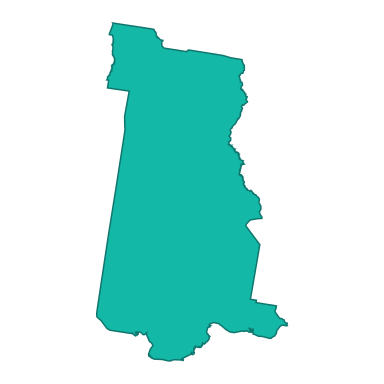 Casey, Victoria, Australia
{"feature_id": "25037944B44962811090312", "entity_name": "Casey", "entity_type": "district", "adm_level": 2, "iso_a3": "AUS", "parent_name": "Australia", "parent_adm1": "Victoria", "projection": "natural_earth1", "projection_center": [145.344, -38.095], "detail": "fine", "context": "isolated", "style": "filled", "palette": "teal", "viewbox_px": 384, "rotation_deg": 0, "n_neighbors": 0, "source": "geoboundaries", "source_scale": "gbopen_adm2", "svg_char_len": 5978}
<svg xmlns="http://www.w3.org/2000/svg" viewBox="0 0 384 384"><path d="M241.9,59.6L230.9,57.8L223.1,55.5L188.8,50.0L187.5,50.5L186.9,51.7L164.0,48.1L162.1,46.2L161.7,44.2L161.9,42.9L161.7,42.1L162.1,41.1L162.8,41.0L162.9,40.4L160.5,39.9L158.4,37.8L157.3,37.6L157.4,36.5L156.2,36.0L156.0,32.6L154.6,31.1L153.8,29.3L112.7,23.0L113.2,23.9L109.2,34.3L110.1,34.9L111.8,34.8L112.4,35.6L113.1,37.3L113.1,38.9L113.5,39.4L113.0,41.2L113.5,41.6L113.1,42.4L113.2,43.3L112.6,43.6L112.6,43.9L112.0,44.5L112.5,45.2L112.4,45.8L112.7,46.0L113.1,48.0L112.4,51.3L112.6,52.6L112.4,54.4L112.9,55.5L113.6,56.0L113.5,56.6L114.0,57.0L114.2,58.0L114.9,58.6L114.6,59.0L114.5,60.6L114.8,61.5L114.3,61.5L114.3,62.5L114.0,62.8L114.3,63.2L113.6,63.4L113.7,64.5L112.4,64.6L112.6,65.0L112.1,65.7L112.5,65.5L111.5,66.1L112.2,67.2L111.9,67.4L112.1,68.4L111.5,69.0L111.9,69.3L111.6,70.2L111.7,71.1L110.7,71.1L110.8,71.8L110.6,72.4L110.1,72.5L110.0,74.5L109.4,74.5L109.3,75.5L107.9,76.4L107.5,77.3L107.5,79.0L106.8,79.9L108.7,80.2L107.5,87.9L129.2,91.1L124.6,116.4L124.8,127.0L125.1,127.2L124.8,131.4L116.2,186.8L108.5,234.7L97.4,308.2L96.7,313.4L96.7,315.3L97.1,317.1L101.2,320.7L106.9,328.4L109.9,330.2L131.4,333.5L131.9,332.9L132.7,333.8L133.3,334.0L133.4,334.4L135.7,335.9L136.4,335.0L136.1,334.0L136.6,333.9L136.8,333.3L136.7,333.0L135.6,332.4L135.6,332.1L136.8,332.3L137.4,332.7L137.8,334.5L138.2,334.0L138.2,333.4L137.7,332.2L138.4,332.5L139.1,331.9L140.7,332.3L142.9,334.4L143.5,334.7L144.9,334.5L146.7,332.8L146.4,334.3L148.4,338.8L148.6,339.7L149.6,341.5L151.4,342.9L152.9,345.1L152.9,345.6L150.3,349.2L148.6,354.0L148.7,355.3L149.7,355.3L149.0,356.1L150.9,357.4L151.9,356.8L151.3,357.8L151.8,358.1L154.1,359.1L162.3,359.5L167.9,360.8L170.4,361.0L172.2,360.1L174.8,359.7L181.2,360.0L183.1,360.5L183.4,359.8L182.9,359.0L181.9,359.0L181.8,358.7L190.8,354.3L191.4,352.8L192.1,354.5L192.8,354.6L194.0,353.8L194.3,352.5L193.1,352.2L193.8,351.2L193.7,350.5L194.1,350.0L193.9,349.5L194.2,349.3L193.9,348.4L194.8,348.5L195.0,348.2L194.7,347.7L195.3,347.5L195.2,346.2L196.0,346.1L196.2,346.7L197.6,347.3L198.4,347.2L198.9,346.4L199.4,346.7L199.2,347.4L200.7,347.4L201.7,346.5L201.4,345.5L202.1,345.4L202.1,344.9L202.5,344.9L202.4,344.2L202.8,344.3L203.1,343.8L203.0,343.1L204.5,344.0L205.6,343.0L205.9,341.9L206.9,341.8L208.4,340.1L209.0,339.1L208.8,338.6L209.3,338.0L209.2,337.0L209.8,336.5L209.3,336.1L209.3,335.8L208.6,335.8L207.9,334.1L206.8,333.0L206.7,331.3L207.4,329.0L207.4,328.2L208.0,327.4L209.0,327.2L209.4,326.6L209.9,326.8L210.2,325.9L210.6,325.7L209.1,325.0L209.8,324.1L213.5,322.5L219.0,323.7L219.9,324.8L221.0,325.3L226.0,329.6L229.8,331.9L234.0,332.6L242.3,331.0L244.3,331.5L246.4,330.6L246.9,331.2L247.7,331.1L248.7,332.0L251.1,332.3L251.4,331.3L250.1,330.3L250.1,329.5L249.2,328.5L249.4,328.1L250.4,328.7L251.3,330.3L252.7,329.0L253.1,329.1L252.1,330.6L252.4,331.0L253.0,331.0L252.3,332.0L253.0,332.6L253.1,334.1L254.5,334.4L258.7,336.3L261.9,336.4L269.9,338.4L271.0,338.3L273.1,336.6L274.5,336.1L276.3,333.4L276.9,330.4L280.3,326.1L281.6,325.4L282.9,325.1L286.3,325.8L287.3,325.6L286.6,324.4L287.3,323.7L287.2,323.2L285.9,323.0L285.1,322.3L284.1,320.6L284.1,319.9L282.6,319.5L282.0,318.8L280.9,318.4L280.0,318.5L279.5,318.2L275.0,311.8L275.3,309.6L275.9,309.0L276.4,305.9L256.0,302.6L256.4,300.2L250.4,299.3L259.8,244.7L245.6,225.6L246.6,223.7L250.1,220.0L257.3,218.7L261.9,218.4L261.9,217.1L260.2,214.5L259.4,212.0L260.9,209.1L260.8,206.0L258.9,202.7L259.4,199.2L258.3,197.3L257.0,196.5L256.1,195.5L255.9,194.8L253.9,194.4L253.3,193.8L253.7,193.5L253.5,193.1L252.8,193.1L252.0,191.4L251.2,190.9L250.5,191.2L250.6,190.5L249.6,190.9L248.5,190.4L247.2,190.2L246.9,189.8L247.3,189.6L247.2,189.1L246.6,188.7L246.5,188.2L245.7,188.2L244.6,187.2L244.5,186.8L245.1,186.6L245.0,185.4L244.7,186.1L244.3,185.9L244.2,185.1L243.7,185.0L243.4,184.1L243.6,183.8L243.3,183.5L244.0,183.0L244.3,182.3L244.2,181.6L242.9,180.7L243.1,180.2L242.7,179.8L243.1,179.4L243.0,178.4L242.5,178.1L242.9,177.9L242.7,177.3L242.9,177.0L242.4,176.2L241.7,176.3L241.9,175.7L241.4,175.1L240.9,175.3L240.8,174.7L240.2,174.7L239.9,175.1L239.3,174.7L239.0,173.8L239.5,173.5L239.9,172.2L239.7,171.6L240.2,170.7L240.2,170.4L239.9,170.5L239.5,170.0L240.7,168.8L240.3,168.4L241.1,166.9L240.9,166.5L241.2,166.1L240.6,165.2L241.2,164.6L242.2,164.7L244.2,164.1L243.8,163.8L243.5,163.0L242.5,162.8L242.8,162.5L242.6,161.7L243.3,160.9L240.1,159.6L239.5,159.0L239.8,158.7L239.2,158.6L239.1,157.7L239.6,157.2L239.2,156.9L239.1,156.0L238.7,155.8L238.3,154.6L239.3,154.4L239.1,154.1L238.3,154.0L238.4,152.7L237.6,152.3L237.1,152.6L236.6,152.1L236.4,152.6L235.3,152.2L234.9,151.6L235.2,151.0L234.2,150.4L235.1,149.2L234.4,149.2L234.1,148.7L233.8,148.9L233.4,148.2L232.3,147.5L232.4,146.7L231.0,146.3L231.5,145.5L231.1,145.6L230.3,144.9L229.5,144.7L229.1,145.1L228.4,144.2L229.1,143.0L228.7,141.8L229.7,141.4L230.5,140.6L230.8,139.3L230.6,138.9L230.6,137.6L229.5,137.1L229.1,136.1L229.3,135.5L229.7,135.5L230.6,134.2L230.7,132.9L231.1,132.2L230.7,131.9L230.8,131.6L230.1,129.9L231.0,128.7L232.2,127.8L232.1,127.4L232.7,126.1L235.4,123.6L236.7,121.4L236.7,120.9L237.5,119.9L237.8,118.7L238.4,118.9L238.8,118.6L240.2,116.0L240.5,115.2L240.1,114.4L240.7,113.3L240.4,112.1L241.5,111.4L241.6,109.5L242.2,109.2L242.5,108.2L241.5,106.5L242.1,105.6L242.1,105.1L242.5,104.8L243.7,105.2L245.1,103.7L247.4,102.0L247.4,101.5L245.9,99.7L247.2,96.9L247.1,96.6L246.0,96.4L245.6,95.9L245.7,95.3L245.4,94.3L245.7,94.1L244.8,93.7L244.6,93.1L244.7,92.6L244.0,92.0L243.8,91.4L243.2,91.2L242.8,90.0L241.5,90.2L241.3,89.5L241.7,89.1L240.7,88.6L241.6,86.0L242.4,85.4L242.4,83.7L242.0,82.5L241.6,82.5L240.9,81.7L240.4,81.8L240.6,80.8L239.9,79.0L239.6,77.2L239.0,76.2L238.9,75.6L240.2,75.1L240.3,74.2L240.8,73.9L241.6,73.3L242.6,73.4L242.8,73.1L242.6,72.7L243.1,72.4L243.5,70.8L244.8,70.1L244.5,70.1L244.1,67.8L244.4,67.3L244.1,66.9L244.4,65.7L243.9,64.7L243.5,64.6L242.7,62.5L242.0,61.3L242.3,60.8L241.9,59.6Z" fill="#14b8a6" stroke="#0f766e" stroke-width="1.5"/></svg>